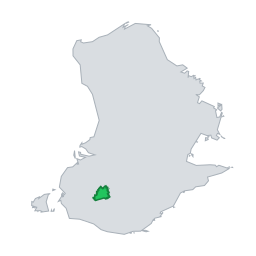 Cobar, New South Wales, Australia (highlighted), rotated 86°
{"feature_id": "25037944B19938962930750", "entity_name": "Cobar", "entity_type": "district", "adm_level": 2, "iso_a3": "AUS", "parent_name": "Australia", "parent_adm1": "New South Wales", "projection": "robinson", "projection_center": [145.926, -31.966], "detail": "fine", "context": "in_parent", "style": "filled", "palette": "green", "viewbox_px": 256, "rotation_deg": 86, "n_neighbors": 0, "source": "geoboundaries", "source_scale": "gbopen_adm2", "svg_char_len": 5933}
<svg xmlns="http://www.w3.org/2000/svg" viewBox="0 0 256 256"><g transform="rotate(86 128 128)"><path d="M179.4,37.6L182.5,52.1L186.3,51.4L190.7,55.7L191.4,64.6L194.0,67.7L194.6,75.9L196.5,80.2L209.0,88.2L213.9,101.2L215.3,101.9L215.6,99.6L218.3,102.0L218.7,100.8L219.8,107.4L221.4,109.4L224.9,111.5L231.8,122.6L231.4,130.1L233.8,139.1L230.0,155.9L227.5,162.0L221.3,168.9L215.6,182.6L214.1,192.8L203.8,195.3L198.7,199.7L195.5,200.1L196.4,202.6L191.4,198.9L192.2,198.0L191.8,197.1L190.9,197.1L189.3,198.7L188.1,197.7L190.1,196.2L188.9,195.1L182.2,200.6L171.6,197.9L163.3,191.1L162.9,185.8L159.0,181.0L160.6,181.2L160.5,179.8L155.0,181.2L156.6,177.7L154.3,172.5L152.5,178.4L148.4,179.0L149.0,177.0L150.9,177.0L153.4,168.9L152.5,162.8L149.9,169.2L145.9,171.6L143.3,175.4L143.7,177.4L142.1,177.1L139.4,175.0L141.0,175.0L139.7,171.2L137.0,166.9L134.9,166.4L134.4,162.6L118.4,156.2L91.9,161.1L83.6,165.5L80.2,170.9L61.7,171.3L52.2,177.8L45.3,177.4L37.3,173.0L36.8,168.5L38.7,169.2L40.1,166.5L39.4,157.4L35.5,150.5L33.7,141.9L23.7,124.0L27.2,125.9L24.8,120.4L26.5,123.6L29.1,124.6L24.2,113.4L26.6,97.8L27.4,101.5L30.2,97.5L40.3,90.4L44.0,90.8L62.6,84.0L69.5,74.9L68.8,69.0L72.4,64.8L75.8,71.4L77.3,67.7L75.2,65.1L75.8,63.5L82.0,64.6L80.0,63.9L81.2,61.3L80.1,59.0L83.3,58.7L82.1,57.0L84.8,56.8L83.9,54.3L86.2,51.5L86.4,53.2L88.3,53.0L88.4,49.8L91.2,51.0L92.9,48.4L95.9,50.2L99.9,54.5L99.3,58.0L101.9,54.7L107.6,56.9L108.7,55.0L106.1,52.4L112.6,40.4L113.9,41.2L116.1,38.2L116.9,39.5L123.7,38.6L123.4,35.7L118.9,33.6L119.6,32.9L136.0,39.0L140.8,36.8L139.6,39.1L141.6,40.4L144.1,37.6L146.3,40.0L143.7,45.3L140.9,45.8L141.1,49.6L138.4,55.6L153.4,66.5L157.5,67.6L158.7,70.2L165.4,72.0L170.1,62.5L170.4,48.7L171.1,43.6L172.8,42.3L171.5,40.0L175.6,30.0L179.4,37.6ZM188.1,211.8L196.0,214.8L205.3,212.9L205.9,221.1L205.3,219.6L204.3,221.3L204.1,226.7L200.7,224.5L198.7,229.5L194.6,229.1L195.4,227.7L191.9,225.3L190.5,221.2L192.1,221.9L188.4,216.1L188.1,211.8ZM111.2,32.9L115.9,32.9L117.4,34.4L114.3,37.4L111.2,32.9ZM146.8,182.9L154.8,182.7L151.4,184.0L146.8,182.9ZM145.1,48.8L146.1,51.8L143.1,51.3L143.5,49.2L145.1,48.8ZM231.3,121.3L231.2,118.0L232.4,115.1L232.8,117.2L231.3,121.3ZM203.2,207.0L205.8,207.7L205.9,208.8L203.2,207.0ZM110.7,33.8L112.4,36.7L109.4,36.5L110.7,33.8ZM185.2,207.5L183.7,207.2L184.5,205.2L185.2,207.5ZM161.1,65.2L159.7,66.1L158.2,66.6L158.9,65.0L161.1,65.2ZM23.6,123.2L22.4,121.5L22.2,120.0L22.4,119.9L23.6,123.2ZM205.3,209.9L206.3,210.7L204.4,210.1L205.3,209.9ZM220.8,107.9L221.9,107.8L221.9,109.3L220.8,107.9ZM195.0,75.8L196.3,76.7L196.0,77.2L195.0,75.8ZM200.7,227.5L200.8,228.8L199.8,228.4L200.7,227.5ZM233.0,131.4L233.1,133.2L232.9,133.2L233.0,131.4ZM123.2,32.8L122.4,32.0L122.9,31.6L123.2,32.8ZM145.1,32.9L144.0,34.4L145.3,31.8L145.1,32.9ZM233.2,129.2L232.7,129.8L233.0,129.1L233.2,129.2ZM147.1,60.1L146.4,60.4L146.8,59.7L147.1,60.1ZM142.8,48.7L141.9,48.9L142.4,47.9L142.8,48.7ZM33.6,90.5L33.4,91.7L33.1,91.6L33.6,90.5ZM174.2,29.3L174.1,30.3L173.8,29.6L174.2,29.3ZM190.9,197.6L191.1,198.2L190.9,198.0L190.9,197.6ZM143.7,34.9L142.1,35.9L143.7,34.6L143.7,34.9ZM83.9,52.9L83.4,53.6L83.7,52.7L83.9,52.9ZM201.2,226.5L200.7,226.8L201.0,226.3L201.2,226.5ZM160.4,68.8L159.6,68.7L160.0,68.1L160.4,68.8ZM80.9,58.2L80.5,58.6L80.4,57.7L80.9,58.2ZM205.0,223.7L204.3,224.1L204.5,223.3L205.0,223.7ZM174.7,26.5L174.6,27.2L174.2,26.9L174.7,26.5ZM190.5,198.4L191.2,199.0L190.1,198.9L190.5,198.4ZM210.5,88.1L209.9,88.1L210.2,87.3L210.5,88.1ZM215.1,99.5L214.8,99.5L215.0,98.9L215.1,99.5ZM188.4,210.8L188.3,211.3L188.1,210.7L188.4,210.8Z" fill="#d9dde1" stroke="#a8b0b8" stroke-width="1"/><path d="M196.3,152.5L196.0,151.9L195.6,152.2L195.1,151.1L194.7,151.3L194.8,151.4L194.4,151.7L194.0,151.6L193.9,151.6L193.9,151.8L194.0,151.9L194.0,152.0L193.7,152.2L193.3,152.4L193.1,152.0L192.7,152.2L192.8,152.3L192.7,152.3L192.3,152.7L192.4,153.0L192.2,153.1L191.7,152.1L191.3,151.4L190.6,151.8L190.5,151.6L189.6,152.0L190.0,152.6L189.8,152.7L189.7,152.5L189.4,152.8L189.2,152.6L188.9,152.8L188.4,153.2L187.8,152.4L187.8,152.5L187.7,152.6L187.4,152.6L187.5,152.6L187.4,152.7L187.2,152.6L187.3,152.6L187.2,152.6L186.9,152.6L186.7,152.7L186.5,152.8L186.4,152.8L186.3,153.0L186.2,152.9L186.2,153.0L186.3,153.0L186.2,153.0L186.1,153.3L186.0,153.2L186.0,153.3L186.1,153.5L186.0,153.4L186.1,153.5L185.9,153.6L186.0,153.6L185.9,153.6L185.7,153.7L185.4,153.6L185.5,153.7L185.4,153.7L185.4,153.8L185.2,154.0L185.1,153.9L185.1,154.0L184.9,154.0L185.0,154.1L184.9,154.1L184.7,154.3L184.8,154.3L184.7,154.4L184.4,154.4L184.4,154.5L184.4,154.8L184.4,155.0L184.5,155.1L185.9,156.9L186.3,156.6L186.8,157.3L185.5,158.4L185.8,158.8L185.4,159.1L185.0,159.2L184.8,158.9L184.4,159.2L185.0,159.9L185.3,159.6L185.8,160.3L185.6,160.5L186.2,161.2L186.5,161.0L187.2,161.9L187.3,162.1L187.7,161.9L187.6,162.3L188.4,162.4L188.6,162.6L188.8,162.7L189.1,162.5L189.3,162.5L189.1,163.7L190.2,163.8L190.2,163.6L190.6,163.7L190.7,163.4L191.1,163.4L191.0,163.9L191.5,164.0L191.5,163.9L191.7,163.7L192.0,163.7L191.9,164.0L192.1,164.0L192.3,163.9L192.2,163.9L192.2,163.7L192.4,163.8L192.3,164.1L192.8,164.2L192.7,165.0L192.8,165.0L192.6,165.8L193.8,165.9L194.0,165.8L194.6,165.9L194.9,166.5L194.7,166.6L194.9,167.0L195.0,167.0L195.0,166.9L195.0,167.0L195.1,166.9L195.1,166.7L195.2,166.8L195.2,166.7L195.2,166.8L195.3,166.8L195.3,166.7L195.3,166.8L195.5,166.8L195.6,166.7L195.6,166.8L195.7,166.7L195.8,166.7L196.0,166.7L195.9,166.7L196.0,166.6L195.9,166.6L196.0,166.6L196.3,166.5L196.3,166.8L196.4,166.7L196.4,166.8L196.4,166.7L196.5,166.7L196.8,166.6L196.7,166.5L196.8,166.5L196.8,166.4L196.8,166.2L197.0,166.0L197.2,165.9L197.3,165.9L197.5,165.9L197.6,165.7L197.6,165.8L197.7,165.7L197.8,165.6L198.0,165.5L197.8,164.2L197.6,163.9L197.1,161.5L197.1,161.2L196.1,156.7L197.3,155.0L196.8,154.3L196.3,154.6L196.2,154.4L196.1,154.1L196.3,154.0L196.2,153.7L195.9,153.4L196.2,153.2L196.7,153.0L196.6,152.9L196.3,152.4L196.3,152.5Z" fill="#22c55e" stroke="#15803d" stroke-width="1.5"/></g></svg>